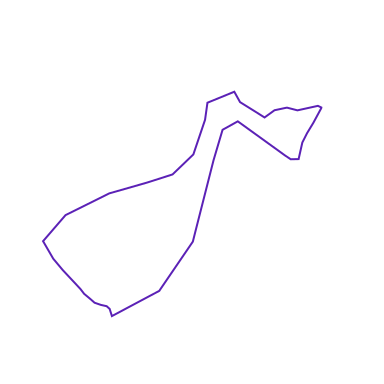 Calvary, Castries, Saint Lucia, rotated 61°
{"feature_id": "8701671B81655629015903", "entity_name": "Calvary", "entity_type": "district", "adm_level": 2, "iso_a3": "LCA", "parent_name": "Saint Lucia", "parent_adm1": "Castries", "projection": "natural_earth1", "projection_center": [-60.987, 14.015], "detail": "fine", "context": "isolated", "style": "outline", "palette": "violet", "viewbox_px": 384, "rotation_deg": 61, "n_neighbors": 0, "source": "geoboundaries", "source_scale": "gbopen_adm2", "svg_char_len": 700}
<svg xmlns="http://www.w3.org/2000/svg" viewBox="0 0 384 384"><g transform="rotate(61 192 192)"><path d="M261.7,322.2L262.6,268.5L262.0,267.4L235.8,215.3L228.1,208.1L174.7,157.8L152.4,135.1L152.4,117.7L205.2,92.9L211.2,89.8L214.9,82.8L202.2,71.5L196.3,62.8L190.3,52.3L181.4,38.4L180.8,37.9L177.7,40.1L171.7,60.2L167.6,64.5L164.3,68.0L163.9,69.1L160.5,80.2L161.6,89.3L162.0,92.4L150.9,98.5L136.7,106.4L124.8,106.4L121.4,135.2L135.2,145.6L159.8,172.6L167.2,200.5L162.0,226.6L153.1,265.0L150.9,313.8L162.8,346.1L183.1,345.7L197.6,342.9L222.8,336.6L228.8,335.7L233.9,333.7L236.0,332.9L241.6,330.9L246.6,326.4L250.5,322.0L254.3,320.7L261.7,322.2Z" fill="none" stroke="#5b21b6" stroke-width="2"/></g></svg>